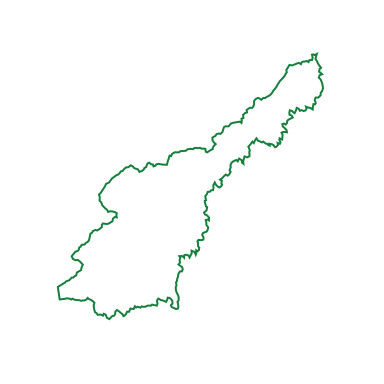 Bocaiúva do Sul, Paraná, Brazil (Equal Earth projection), rotated 349°
{"feature_id": "56859067B26330855043350", "entity_name": "Bocaiúva do Sul", "entity_type": "district", "adm_level": 2, "iso_a3": "BRA", "parent_name": "Brazil", "parent_adm1": "Paraná", "projection": "equal_earth", "projection_center": [-48.883, -25.099], "detail": "fine", "context": "isolated", "style": "outline", "palette": "green", "viewbox_px": 384, "rotation_deg": 349, "n_neighbors": 0, "source": "geoboundaries", "source_scale": "gbopen_adm2", "svg_char_len": 5800}
<svg xmlns="http://www.w3.org/2000/svg" viewBox="0 0 384 384"><g transform="rotate(349 192 192)"><path d="M340.9,80.3L338.6,81.0L337.4,80.1L336.0,80.1L336.1,82.9L335.1,85.3L332.4,85.0L331.2,86.7L329.7,85.3L327.5,85.5L325.9,85.2L324.3,85.7L323.3,87.3L321.5,85.6L318.9,86.0L314.6,86.9L311.9,85.9L310.5,87.4L309.2,88.9L307.9,90.2L307.8,92.8L306.6,93.6L305.5,95.3L303.2,97.2L301.2,98.7L299.6,99.7L297.8,101.6L295.9,103.6L294.8,105.1L293.0,106.6L291.2,108.0L289.9,109.6L287.3,111.7L285.1,112.5L283.3,112.9L281.9,113.7L279.9,113.3L277.7,114.7L276.3,113.3L274.8,112.2L273.2,112.6L271.5,113.3L270.2,114.8L269.8,117.4L268.5,119.8L267.2,120.9L264.9,120.4L262.8,121.2L261.2,122.0L261.2,124.4L259.0,124.7L256.9,126.0L256.5,129.3L254.6,129.4L254.5,131.6L253.7,133.6L252.6,132.1L249.7,132.0L244.7,131.9L243.0,132.4L241.6,133.6L240.5,134.5L238.8,134.3L237.6,133.8L235.8,134.4L234.6,136.5L233.3,139.0L231.0,140.4L229.6,139.7L227.1,139.9L225.6,141.5L224.3,141.8L222.4,142.5L222.0,145.5L223.1,147.7L224.4,149.5L222.5,150.7L221.0,152.3L220.4,153.9L218.3,154.4L216.3,155.2L214.4,156.0L213.2,155.1L213.3,152.2L212.0,151.7L209.7,151.3L208.2,150.1L206.3,150.2L204.8,149.5L202.7,149.3L201.2,150.1L198.4,149.3L195.7,149.3L193.6,150.4L191.8,150.1L188.3,149.7L187.1,150.5L184.7,150.2L182.7,149.7L179.6,150.9L178.3,152.8L176.9,152.1L175.4,155.0L174.5,156.4L172.5,160.5L170.0,159.9L168.1,159.4L164.5,158.0L162.1,158.1L161.1,159.3L159.1,159.5L159.0,157.6L157.0,156.9L155.7,155.1L154.0,155.4L152.8,156.9L151.8,158.8L149.9,159.3L148.8,160.8L146.7,161.8L144.2,162.2L143.3,159.5L140.0,157.7L138.9,155.8L136.9,154.1L134.3,155.5L131.8,155.3L129.5,156.7L127.8,158.1L126.0,158.2L124.4,159.8L122.9,160.8L120.9,161.1L118.6,162.3L116.4,163.2L113.8,165.5L112.4,166.9L109.2,167.6L107.7,169.8L102.0,175.7L100.2,176.7L100.5,179.3L99.6,182.9L100.9,184.8L101.5,188.1L103.4,191.1L105.2,193.2L105.9,195.6L107.6,195.3L110.0,195.8L112.6,197.1L114.1,198.5L113.2,200.7L113.3,202.5L111.6,201.8L109.3,203.1L108.3,205.6L103.7,207.2L101.9,207.1L98.6,205.9L97.3,207.0L96.7,209.4L94.3,210.6L91.7,211.7L89.9,210.8L87.2,211.5L86.1,212.9L84.4,213.5L83.4,215.7L82.1,218.8L81.2,220.3L79.9,221.1L77.8,221.9L76.4,223.1L73.6,222.8L72.4,224.3L70.7,225.0L69.9,226.9L68.5,228.1L66.2,228.3L63.5,230.5L61.6,232.1L62.4,235.1L64.8,236.8L67.0,236.9L68.8,239.0L71.0,242.5L69.2,245.0L68.2,247.5L66.0,248.3L63.7,249.0L62.4,251.8L60.4,252.4L59.2,253.3L57.7,253.0L54.7,255.2L51.5,255.7L50.1,256.6L42.2,259.6L41.6,272.2L43.0,272.3L46.0,272.6L49.1,272.5L51.8,273.5L52.9,274.5L54.3,273.9L55.6,275.0L58.2,276.1L60.8,276.7L62.4,277.7L64.0,277.6L65.6,278.0L68.0,277.3L69.3,276.1L70.4,277.4L72.4,278.8L74.0,280.5L75.1,282.1L73.8,284.6L73.6,288.9L73.9,291.5L75.2,292.7L76.0,294.6L79.1,294.9L81.0,296.4L82.1,294.7L83.9,296.0L84.5,299.3L86.6,301.0L88.7,299.5L90.2,298.5L92.0,298.6L93.3,297.1L93.9,294.9L95.8,293.5L97.5,295.1L98.9,297.0L100.6,298.9L101.0,300.8L102.3,300.5L103.9,299.2L105.4,297.1L107.4,297.6L109.3,294.7L110.6,295.2L112.4,295.7L114.2,293.3L115.1,294.7L116.5,294.2L117.9,294.9L119.3,295.7L120.7,294.7L122.5,295.5L124.2,295.7L126.6,295.1L128.4,295.3L129.8,295.8L131.3,294.9L133.4,295.9L135.9,296.8L136.9,294.7L136.7,292.9L137.4,291.2L138.7,290.2L140.7,292.1L142.6,292.8L144.0,293.8L145.6,294.9L147.3,292.7L148.0,291.1L149.8,291.7L151.1,293.3L151.9,295.2L151.5,298.0L149.7,299.1L150.1,301.1L152.1,302.4L153.9,303.9L155.9,303.8L156.8,301.8L156.9,299.3L156.8,297.1L158.1,295.9L158.8,293.2L158.7,290.9L157.9,288.5L157.5,285.5L157.8,282.6L159.0,280.5L159.0,277.9L160.2,276.5L161.0,274.2L162.2,272.3L163.0,269.7L165.0,267.7L167.1,268.0L168.2,265.9L167.9,263.7L166.2,262.0L164.9,260.6L166.8,259.0L166.8,256.5L168.0,254.3L167.3,252.6L169.2,252.7L170.6,253.4L171.7,255.0L172.4,252.5L174.1,252.4L176.6,253.7L177.1,255.8L178.1,254.5L179.9,252.3L180.4,249.5L181.9,250.6L183.2,251.3L183.7,254.2L184.5,252.8L185.1,250.0L186.2,251.2L187.7,250.3L188.5,248.1L187.6,246.4L188.1,243.8L188.0,241.3L189.2,240.3L192.8,241.2L194.1,240.8L194.6,238.9L193.8,235.9L195.1,234.3L199.0,233.6L200.2,232.0L201.2,229.9L199.8,226.9L200.3,224.7L200.1,222.2L202.0,221.9L203.2,223.1L203.9,220.4L202.3,217.8L200.4,216.4L199.9,214.4L202.8,212.8L204.0,209.7L202.9,208.8L202.9,206.9L202.6,204.9L202.9,203.1L204.2,202.7L204.2,198.6L206.0,197.2L207.4,194.9L209.8,195.1L211.2,193.9L213.0,194.2L213.7,192.7L214.3,189.3L216.2,187.0L216.8,189.3L217.7,190.8L218.7,192.0L219.9,192.9L221.6,192.0L222.9,190.6L222.5,188.8L223.5,186.8L221.9,185.2L224.2,184.3L225.8,183.0L228.5,181.3L230.1,182.8L231.9,181.9L233.8,179.5L233.0,177.9L234.8,175.0L234.8,173.1L236.4,170.9L237.8,170.0L239.8,169.4L241.6,169.0L242.7,170.6L244.6,168.2L247.0,170.4L246.6,172.6L247.9,174.1L248.1,171.8L248.9,170.0L250.4,167.1L252.8,168.5L255.2,167.9L255.7,165.6L255.8,163.7L256.7,162.4L256.0,158.2L258.4,156.5L260.9,154.1L262.0,155.8L263.7,153.3L265.5,151.6L266.6,154.3L267.9,155.0L270.2,156.7L271.5,156.1L273.4,158.4L275.0,159.1L276.0,160.7L277.2,161.3L277.2,159.4L279.6,160.4L280.9,161.4L282.0,163.9L283.3,163.7L285.2,162.5L285.4,160.1L287.4,161.5L288.4,160.1L287.7,157.8L288.2,156.1L290.5,157.7L291.9,153.0L291.2,150.9L293.2,150.4L296.6,151.5L296.6,149.2L294.8,146.4L293.6,145.0L293.7,142.5L295.6,142.5L296.9,143.7L298.5,142.3L298.9,140.6L300.2,139.5L305.1,138.1L304.4,135.9L302.4,134.7L302.8,132.3L303.7,130.5L305.8,131.6L306.6,133.1L307.8,134.2L309.7,131.6L310.9,129.4L312.6,130.7L313.4,132.9L315.1,132.5L317.0,133.8L319.1,133.6L320.4,131.8L320.2,130.0L321.9,131.1L324.4,132.2L326.2,134.0L327.0,131.3L328.0,128.9L329.5,129.4L330.5,128.2L330.0,125.1L331.3,122.9L334.1,123.4L336.7,121.5L337.4,119.0L338.9,117.9L340.4,115.1L340.6,111.0L340.2,108.2L339.7,105.9L338.3,104.0L339.6,101.7L342.2,101.2L339.7,98.2L340.7,95.6L342.4,94.7L340.8,91.6L340.2,89.8L339.7,87.6L338.6,84.9L339.7,82.5L340.9,80.3Z" fill="none" stroke="#15803d" stroke-width="2"/></g></svg>